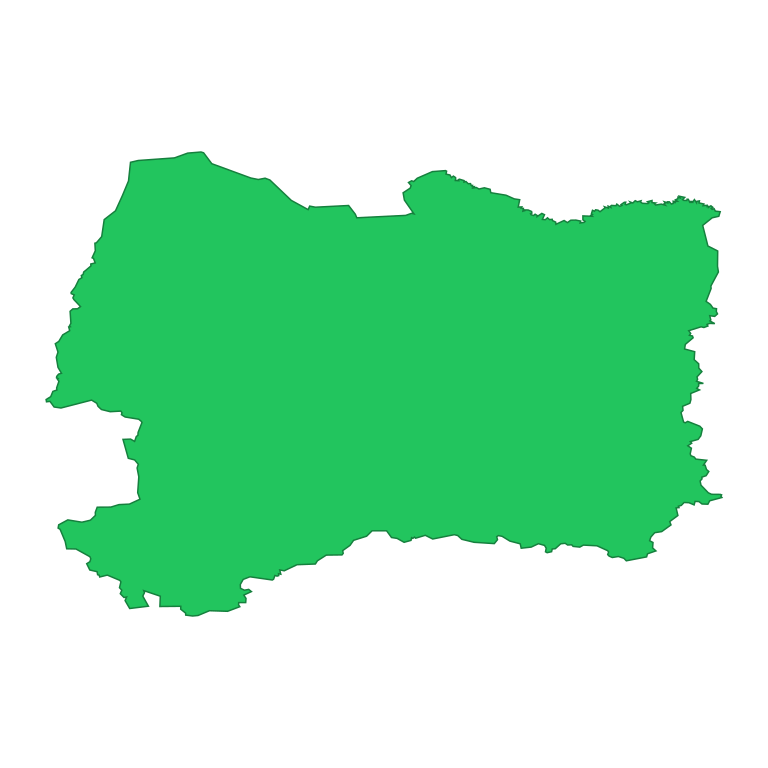 Liezēres pag., Madona, Latvia
{"feature_id": "27541924B78156453771197", "entity_name": "Liezēres pag.", "entity_type": "district", "adm_level": 2, "iso_a3": "LVA", "parent_name": "Latvia", "parent_adm1": "Madona", "projection": "equal_earth", "projection_center": [26.079, 57.016], "detail": "fine", "context": "isolated", "style": "filled", "palette": "green", "viewbox_px": 768, "rotation_deg": 0, "n_neighbors": 0, "source": "geoboundaries", "source_scale": "gbopen_adm2", "svg_char_len": 6057}
<svg xmlns="http://www.w3.org/2000/svg" viewBox="0 0 768 768"><path d="M58.1,528.1L60.1,529.3L65.2,541.5L66.7,548.8L76.0,549.0L89.9,556.7L90.8,558.8L89.9,561.7L86.7,563.7L89.8,570.0L97.1,571.7L97.6,574.7L99.2,575.2L99.7,577.0L107.3,575.1L119.9,580.4L120.9,581.9L119.5,587.7L121.8,590.2L120.3,593.7L124.0,597.5L126.6,597.0L125.1,600.6L129.7,608.5L148.4,606.2L142.8,596.1L144.5,592.6L143.7,590.6L160.3,596.2L159.9,606.5L180.8,606.3L180.7,609.2L185.6,613.1L185.7,615.1L192.6,616.0L198.0,615.5L209.5,610.7L227.6,611.3L239.8,606.7L238.6,604.9L238.7,602.6L245.7,602.6L246.0,598.4L243.8,595.1L251.4,591.6L248.7,589.4L244.4,590.2L240.5,588.3L240.3,584.5L243.2,579.4L249.9,576.8L272.3,580.0L273.6,579.2L274.9,575.5L277.1,576.1L278.7,575.6L278.5,573.7L280.8,574.2L279.7,569.9L284.2,570.8L297.0,564.7L315.4,564.0L317.4,560.8L326.3,555.1L342.0,554.9L343.2,553.4L342.7,550.6L350.0,545.4L353.6,540.3L366.6,536.2L372.1,530.8L386.6,530.8L391.5,537.5L397.1,538.4L404.1,542.3L411.0,540.4L411.6,537.7L412.8,538.4L414.5,537.1L415.6,538.2L425.3,535.3L432.7,539.0L454.3,534.7L457.7,535.5L461.8,539.3L474.1,542.3L494.3,543.6L497.5,539.7L496.7,536.7L498.3,535.6L502.1,536.3L509.9,541.1L520.2,543.8L521.2,548.2L531.2,547.1L538.4,543.7L544.5,545.4L546.2,548.2L545.5,551.8L547.1,552.7L551.6,551.7L552.2,549.0L555.3,548.7L560.7,543.8L565.2,543.3L567.6,545.0L571.7,544.8L573.1,546.4L579.8,547.1L583.4,545.1L597.0,545.8L607.5,550.6L608.6,551.9L607.7,554.6L609.1,556.1L612.3,557.5L618.4,556.5L623.9,558.3L626.3,560.8L646.6,556.9L647.5,553.8L655.9,550.9L652.6,547.9L653.0,542.5L649.6,540.7L650.9,537.0L654.7,532.7L661.7,531.6L671.0,524.9L669.7,521.6L677.9,515.5L676.1,507.9L679.0,507.6L678.4,506.2L681.3,505.4L684.1,502.5L688.9,502.7L694.1,504.9L695.1,501.4L699.0,501.6L702.0,504.0L707.9,504.2L709.7,500.8L721.9,497.5L720.9,496.2L721.6,494.9L720.4,494.4L711.6,494.3L708.3,492.8L701.0,485.2L700.1,481.0L702.0,478.9L701.8,477.2L706.1,475.7L708.8,471.5L706.5,469.5L705.1,465.2L703.4,465.1L706.7,460.3L695.8,459.1L694.3,457.1L690.9,455.7L690.2,453.9L691.4,448.2L687.8,445.8L691.7,443.2L690.3,441.6L698.1,439.4L700.8,435.8L702.4,428.9L699.8,426.2L687.7,421.4L685.3,422.8L683.6,422.1L681.0,412.5L683.0,410.4L682.6,406.3L689.9,403.2L690.9,399.6L690.7,393.5L699.5,389.9L696.7,388.4L698.7,386.0L698.6,383.6L703.4,383.4L696.5,381.3L697.6,379.3L697.0,376.9L701.9,371.6L698.8,368.1L698.7,363.8L694.2,359.7L694.7,351.7L684.6,349.0L685.3,344.4L693.1,337.8L692.5,336.0L689.4,335.3L690.7,333.4L688.7,330.7L701.1,326.8L703.9,327.5L707.9,326.0L707.0,324.4L709.7,323.4L714.8,323.6L709.8,320.9L710.8,319.9L709.7,315.7L714.7,316.4L717.5,313.9L716.3,311.5L716.5,308.7L713.0,308.1L710.4,304.4L706.1,301.4L711.1,288.5L710.9,286.0L718.4,272.0L717.5,266.3L717.7,251.0L707.9,246.0L702.7,225.4L712.2,217.8L718.8,216.3L720.2,211.7L715.3,211.1L714.1,208.7L712.1,209.4L711.2,208.5L712.8,207.3L710.9,205.8L708.5,207.4L708.5,206.4L707.1,206.6L707.2,205.3L703.1,205.7L703.9,204.0L699.0,202.9L699.4,200.9L696.6,201.4L696.5,202.7L694.4,199.6L693.1,201.5L691.3,201.5L692.2,202.4L689.8,202.4L688.3,199.3L687.1,199.2L686.8,200.5L683.7,200.4L682.6,199.6L684.7,197.4L679.2,196.2L680.1,197.9L678.0,197.1L677.8,198.7L675.5,199.8L677.4,201.3L673.8,201.3L675.7,202.9L673.2,202.0L673.2,203.5L671.3,204.0L669.3,201.8L667.5,201.8L667.7,202.9L664.3,201.8L665.2,203.1L664.0,203.9L665.2,205.2L661.3,204.1L655.6,205.0L654.4,203.7L655.6,203.0L652.0,202.6L652.0,200.5L647.5,201.7L648.9,202.8L648.0,203.6L642.4,203.3L640.5,202.0L641.0,200.8L637.4,201.8L635.2,200.7L632.8,203.0L630.2,202.0L631.0,203.0L626.3,204.8L625.2,204.4L625.7,202.2L624.3,202.3L621.0,204.6L621.9,205.5L619.7,206.3L616.8,204.1L616.0,205.7L611.4,205.4L610.3,206.5L610.7,207.3L608.1,206.1L608.3,208.1L604.5,206.8L605.1,207.8L600.0,211.7L598.1,210.2L595.6,209.8L594.5,211.2L592.5,210.3L591.4,213.9L592.4,214.6L591.0,215.3L592.2,216.3L582.9,215.9L582.9,219.8L585.1,221.4L584.1,222.4L580.1,223.0L580.7,221.1L575.9,220.1L570.8,220.2L567.4,222.6L564.1,220.5L555.9,224.3L555.7,222.1L552.5,220.6L552.2,219.3L549.5,219.6L547.5,217.8L545.3,219.7L542.4,219.4L544.5,214.7L541.8,213.4L537.1,216.6L537.2,215.5L535.1,214.2L533.6,215.5L531.0,214.7L530.5,213.7L531.9,213.1L531.6,211.5L528.2,210.0L524.3,209.9L524.8,210.6L522.9,211.2L523.4,208.4L521.0,208.0L521.7,206.9L518.2,207.1L519.7,199.7L514.3,198.9L506.0,195.2L490.8,192.7L490.1,189.3L484.4,187.8L479.0,189.0L476.3,187.5L473.0,188.0L474.1,186.6L472.2,186.6L472.5,185.4L471.2,185.4L470.5,183.6L468.2,183.7L465.9,181.5L464.0,182.1L464.1,180.6L459.5,179.2L458.4,179.6L458.8,180.7L454.6,180.5L455.7,180.1L455.6,177.6L453.4,176.1L451.4,177.6L450.0,175.0L446.0,174.1L446.6,171.2L445.6,170.6L432.4,171.6L417.3,178.2L413.7,181.5L411.6,180.8L408.5,182.5L411.1,185.6L410.2,188.1L403.1,192.8L404.4,200.1L414.0,213.9L411.6,213.3L405.7,215.4L356.8,217.8L355.3,214.2L348.6,205.5L315.4,207.2L309.7,206.1L308.1,209.6L291.3,200.4L269.9,180.0L265.1,178.2L258.3,179.5L250.8,178.0L211.8,163.7L203.6,152.8L201.0,152.0L187.7,153.1L174.4,157.9L138.2,160.5L130.5,162.3L128.5,181.0L122.4,195.6L115.5,210.8L104.2,219.6L101.7,236.6L96.4,242.8L94.9,243.2L95.3,250.8L92.1,257.8L93.5,258.4L95.2,262.9L90.8,264.0L90.9,266.0L83.7,272.0L83.1,274.5L81.3,275.5L81.9,277.7L78.9,279.5L75.2,287.1L71.1,292.4L71.2,293.6L74.2,294.9L72.9,297.9L74.0,299.7L80.5,306.6L77.5,308.8L72.8,308.9L70.1,311.3L70.9,323.3L69.4,326.0L70.2,326.7L68.7,327.0L69.7,330.7L62.7,334.9L58.8,341.4L55.3,343.7L58.0,352.1L56.3,357.3L58.0,367.4L61.5,373.3L58.6,374.1L56.7,376.4L56.5,377.8L58.0,378.5L57.3,379.0L58.9,381.3L56.6,388.0L56.9,390.0L52.9,391.4L50.7,396.7L46.1,399.5L46.5,401.8L50.0,401.4L54.1,407.0L61.0,408.0L91.6,400.1L96.8,403.3L98.0,406.3L101.4,409.5L110.2,411.7L120.8,411.1L122.0,412.7L121.4,414.7L125.1,417.0L138.7,419.2L141.0,421.1L142.0,422.4L138.1,432.4L137.9,435.3L136.3,436.5L134.6,441.4L130.6,439.1L123.0,439.4L128.3,458.3L134.6,459.9L138.3,464.3L137.1,468.0L138.8,476.8L137.7,492.7L140.0,499.2L129.4,504.1L119.0,504.6L110.8,507.1L97.2,507.2L95.3,512.3L95.4,515.4L90.4,520.2L81.9,522.2L67.8,519.9L58.7,524.8L58.1,528.1Z" fill="#22c55e" stroke="#15803d" stroke-width="1.5"/></svg>